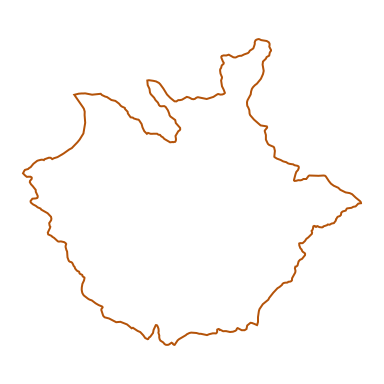 Solok Selatan, Sumatera Barat, Indonesia (Albers equal-area conic projection)
{"feature_id": "22746128B25846553351835", "entity_name": "Solok Selatan", "entity_type": "district", "adm_level": 2, "iso_a3": "IDN", "parent_name": "Indonesia", "parent_adm1": "Sumatera Barat", "projection": "albers", "projection_center": [101.284, -1.364], "detail": "fine", "context": "isolated", "style": "outline", "palette": "amber", "viewbox_px": 384, "rotation_deg": 0, "n_neighbors": 0, "source": "geoboundaries", "source_scale": "gbopen_adm2", "svg_char_len": 5897}
<svg xmlns="http://www.w3.org/2000/svg" viewBox="0 0 384 384"><path d="M147.3,80.5L147.7,85.1L149.5,88.9L150.0,92.6L150.8,94.2L154.1,97.7L155.5,100.1L157.9,102.6L159.1,105.2L160.0,106.0L161.1,106.3L164.2,106.1L165.6,106.9L167.9,110.3L169.2,113.6L169.5,115.1L170.4,116.5L175.2,120.0L175.8,123.0L180.1,127.9L180.2,129.4L179.7,130.3L178.3,131.2L175.5,136.0L176.0,139.2L175.8,140.7L175.2,141.8L173.1,142.2L172.7,142.0L170.1,142.3L164.3,138.9L162.9,137.3L161.3,136.4L160.0,134.9L158.4,134.7L157.0,133.7L150.6,133.8L148.0,132.9L146.9,133.8L144.3,131.2L142.5,127.4L141.6,124.0L139.0,120.1L138.3,119.6L137.2,119.5L133.9,118.5L132.8,117.6L130.6,117.3L127.9,113.5L127.6,111.7L125.1,109.1L124.8,107.9L121.8,106.5L120.7,105.7L119.0,103.6L115.4,100.9L111.4,100.0L106.9,97.0L105.2,96.6L101.9,95.0L100.7,93.8L92.1,94.7L85.4,93.4L81.1,93.5L78.7,93.7L74.3,94.8L82.9,107.2L83.9,108.8L84.7,111.6L84.6,115.1L85.2,122.8L83.4,133.5L79.6,139.6L77.4,142.3L71.8,148.1L69.2,149.5L63.6,153.5L57.5,157.1L54.0,158.2L52.2,159.1L50.7,157.8L48.9,157.7L44.7,159.2L43.9,160.1L43.4,159.8L41.3,159.7L38.1,160.5L37.1,160.9L33.4,163.8L30.6,167.2L29.3,167.9L28.1,169.0L25.0,169.9L24.3,170.8L23.0,173.3L24.9,175.3L26.7,176.8L30.4,176.7L31.5,177.3L31.8,177.9L31.6,179.0L30.0,180.9L29.8,182.2L31.0,184.3L32.7,186.1L35.7,189.9L35.8,191.8L37.7,195.9L37.7,197.1L37.3,197.9L35.9,198.4L32.4,198.7L30.6,201.0L30.6,201.9L31.2,202.9L33.2,204.5L35.9,205.9L37.6,207.3L40.6,208.6L41.2,209.6L47.6,213.2L51.0,216.8L51.4,218.8L51.1,220.3L49.2,223.1L49.6,225.7L50.3,226.7L50.1,227.7L47.8,232.6L48.2,234.4L51.5,235.9L52.3,236.8L54.0,237.8L57.8,241.3L58.8,241.6L60.9,241.4L64.1,242.1L65.5,243.0L66.2,244.0L65.6,246.0L65.6,247.1L66.4,250.0L67.1,251.5L67.5,257.4L68.6,260.4L69.1,261.2L70.0,261.8L71.2,262.1L72.1,262.7L73.1,264.5L73.5,265.7L74.7,267.1L75.1,268.5L76.6,270.3L77.5,271.1L78.6,271.4L79.2,271.9L79.5,273.3L80.1,273.9L82.2,274.9L82.7,276.4L84.4,277.5L84.5,278.0L84.0,280.5L82.4,283.9L81.8,287.4L81.7,289.8L82.0,291.6L82.3,292.9L83.2,294.6L84.0,295.6L88.0,298.7L89.5,299.6L91.8,300.4L95.6,303.3L98.7,305.1L101.9,306.4L102.5,306.9L102.6,307.5L101.4,309.1L101.3,310.0L103.2,315.8L104.6,317.3L109.1,318.5L116.2,322.2L120.4,321.8L127.0,324.4L131.7,328.3L132.9,327.8L137.6,330.9L140.3,332.1L143.3,335.3L145.2,338.0L147.6,339.2L148.2,339.0L149.1,337.4L150.2,336.8L153.0,333.0L153.6,329.9L155.8,325.1L156.7,325.1L157.6,326.3L158.5,328.8L158.7,331.2L158.4,332.7L159.3,335.5L159.2,337.2L159.6,339.1L160.4,340.6L163.2,342.4L164.6,344.1L165.9,344.8L167.2,344.9L168.6,344.7L171.6,342.7L172.7,343.4L173.1,344.2L174.2,344.9L174.6,344.9L177.6,340.4L179.0,339.2L185.8,335.2L186.8,334.3L189.4,333.0L191.2,332.6L196.5,333.0L199.2,333.8L200.9,333.8L207.0,335.1L209.2,334.2L212.9,333.3L216.0,333.4L216.7,332.8L217.1,332.0L217.2,329.6L218.4,329.0L219.2,329.2L219.7,329.9L220.1,329.7L223.1,331.2L226.0,331.1L230.0,332.0L233.0,331.7L235.4,330.8L236.4,330.0L236.9,328.6L237.7,328.1L241.7,330.2L244.6,330.2L246.5,329.0L247.2,325.5L250.5,322.8L252.0,323.0L254.6,324.0L257.8,325.5L257.1,324.9L258.0,322.0L258.0,317.1L258.9,311.0L259.5,309.1L262.8,304.2L268.3,299.7L269.2,297.9L273.3,292.7L277.5,288.2L279.5,287.0L281.9,285.0L282.5,283.9L283.5,283.1L285.0,282.7L287.2,282.6L287.7,282.4L288.3,281.8L290.2,281.6L291.3,281.1L291.9,280.4L292.1,278.2L295.2,272.6L295.5,270.9L294.9,268.2L295.4,266.6L296.4,266.5L297.5,265.5L298.6,261.4L300.0,259.8L302.0,258.9L305.0,255.2L305.1,253.8L304.8,253.2L302.8,251.8L301.9,250.6L301.7,249.6L300.4,248.3L299.3,245.4L299.2,243.5L300.2,243.1L302.3,243.2L302.8,243.0L304.9,241.1L306.4,238.8L308.2,237.5L311.9,233.8L312.1,232.3L311.7,231.5L311.6,230.8L312.4,230.0L312.9,228.8L313.3,226.4L314.1,225.9L314.9,226.0L315.2,226.6L315.9,226.9L316.5,226.8L317.1,226.1L317.5,226.1L319.3,227.1L322.0,227.4L322.9,227.1L323.4,226.4L327.0,225.2L327.7,224.5L329.7,224.7L331.5,223.6L333.9,223.1L335.8,220.6L336.0,219.2L336.5,218.8L337.1,217.5L337.7,216.8L339.9,216.0L340.9,215.0L341.3,212.7L342.2,211.8L342.9,211.4L345.7,210.6L346.7,208.7L347.2,208.4L351.5,207.8L353.3,206.8L355.6,206.4L358.3,203.6L361.0,203.2L360.9,202.3L360.1,201.2L355.7,197.6L352.1,194.2L349.7,193.1L345.6,192.4L340.3,189.8L338.3,187.8L333.7,185.7L331.0,183.7L328.9,181.1L325.8,176.4L324.9,175.7L323.6,175.5L318.5,175.8L309.3,175.5L308.5,176.0L306.3,179.0L303.4,179.0L302.2,179.8L300.7,180.3L298.3,180.2L296.1,180.8L294.5,180.9L294.0,180.4L294.0,179.9L295.5,174.2L296.3,171.9L298.0,170.0L298.7,168.2L298.8,167.1L298.4,166.3L297.4,165.8L294.4,165.2L293.3,164.4L289.4,163.8L287.9,163.3L286.3,162.2L283.2,161.4L280.7,160.0L276.9,158.6L274.5,157.1L274.3,156.6L274.9,150.9L274.1,147.5L273.5,146.8L269.1,144.9L267.9,143.8L265.9,139.6L265.9,135.0L264.8,131.4L264.8,130.5L267.1,127.7L267.1,127.0L266.8,126.4L260.6,125.4L254.0,119.6L250.2,115.2L249.6,113.7L249.3,110.1L248.2,107.4L247.3,105.9L247.1,104.6L247.0,102.1L247.5,100.3L250.7,94.4L251.1,91.5L251.9,88.9L253.0,87.2L254.8,85.3L257.0,83.6L260.9,78.8L263.0,74.1L263.7,70.9L262.6,64.6L263.0,61.5L265.9,58.7L266.6,57.1L269.2,55.6L269.8,52.5L271.0,50.7L271.0,50.0L269.3,46.7L269.6,44.9L269.5,43.5L268.7,42.2L266.7,41.0L261.2,40.1L259.3,39.2L258.3,39.1L256.4,39.7L255.4,40.5L254.7,42.4L254.8,43.8L254.4,45.3L253.4,48.2L252.8,48.8L249.8,50.7L249.0,52.1L247.9,53.1L244.2,54.4L241.4,55.8L239.8,55.8L238.0,56.3L236.1,57.3L235.2,57.5L233.4,57.3L228.8,54.7L226.2,55.5L223.6,55.4L221.8,56.0L221.3,56.8L221.4,57.8L223.0,61.7L223.7,62.6L223.7,63.3L223.5,63.9L221.9,65.3L221.6,65.9L221.1,67.9L220.2,69.3L220.1,70.7L220.5,73.6L222.0,77.2L221.9,78.2L221.1,80.5L222.0,86.3L223.7,89.7L224.9,92.9L223.9,93.9L222.2,94.5L220.4,94.6L218.1,94.0L216.9,94.6L213.4,96.9L206.7,99.0L197.9,97.2L196.4,97.7L194.8,98.9L193.5,99.2L191.9,99.0L189.1,97.5L186.8,96.9L182.0,99.7L180.1,100.1L178.3,100.1L176.4,101.4L174.5,101.3L170.2,97.8L167.0,94.5L163.4,88.6L160.2,84.2L158.9,82.9L156.0,81.4L153.2,80.8L148.9,80.2L147.3,80.5Z" fill="none" stroke="#b45309" stroke-width="2"/></svg>